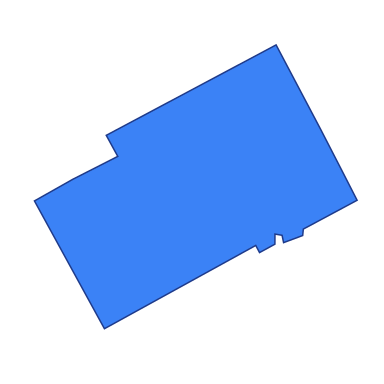 outline of Lee, Illinois, United States of America, rotated 152°
{"feature_id": "52423323B51586507670768", "entity_name": "Lee", "entity_type": "district", "adm_level": 2, "iso_a3": "USA", "parent_name": "United States of America", "parent_adm1": "Illinois", "projection": "orthographic", "projection_center": [-89.364, 41.748], "detail": "fine", "context": "isolated", "style": "filled", "palette": "blue", "viewbox_px": 384, "rotation_deg": 152, "n_neighbors": 0, "source": "geoboundaries", "source_scale": "gbopen_adm2", "svg_char_len": 394}
<svg xmlns="http://www.w3.org/2000/svg" viewBox="0 0 384 384"><g transform="rotate(152 192 192)"><path d="M50.1,107.2L49.6,139.3L49.0,186.6L48.7,282.4L241.1,282.3L240.9,264.2L240.8,258.3L291.3,259.2L335.3,258.1L333.5,112.4L160.8,114.9L160.8,106.8L143.3,107.0L138.5,115.9L132.8,111.5L134.9,104.3L114.7,101.6L111.1,107.0L50.1,107.2Z" fill="#3b82f6" stroke="#1e3a8a" stroke-width="1.5"/></g></svg>